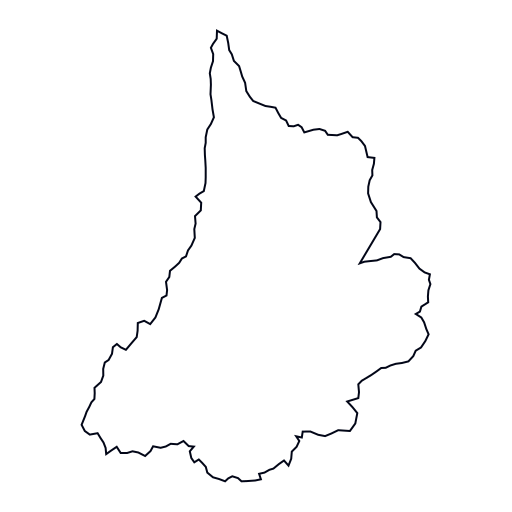 Mandirituba, Paraná, Brazil
{"feature_id": "56859067B10797338801993", "entity_name": "Mandirituba", "entity_type": "district", "adm_level": 2, "iso_a3": "BRA", "parent_name": "Brazil", "parent_adm1": "Paraná", "projection": "mercator", "projection_center": [-49.327, -25.815], "detail": "fine", "context": "isolated", "style": "outline", "palette": "ink", "viewbox_px": 512, "rotation_deg": 0, "n_neighbors": 0, "source": "geoboundaries", "source_scale": "gbopen_adm2", "svg_char_len": 2841}
<svg xmlns="http://www.w3.org/2000/svg" viewBox="0 0 512 512"><path d="M288.5,465.6L291.2,458.8L291.8,451.6L296.6,446.8L299.3,441.0L296.2,436.3L301.8,437.5L302.7,431.6L310.3,431.5L318.2,434.8L325.1,436.1L331.4,433.5L338.2,430.2L349.9,431.0L355.3,423.5L357.3,413.1L352.6,407.3L347.2,401.5L358.3,398.1L359.0,392.2L358.3,384.3L361.8,380.7L371.3,375.0L376.7,371.3L381.2,368.0L385.7,367.8L390.4,365.5L395.8,363.8L401.9,363.0L408.4,361.4L413.3,356.1L415.7,350.7L421.0,347.5L425.3,341.1L428.6,334.3L426.3,329.0L424.1,322.3L421.3,317.5L415.8,314.0L419.9,311.6L421.4,306.6L428.2,302.3L427.9,296.5L428.4,290.3L430.4,284.1L428.9,279.8L429.9,274.3L424.6,272.4L419.4,268.6L414.9,262.8L410.6,258.2L403.6,257.1L399.2,254.4L394.2,254.1L390.8,256.8L383.1,258.1L376.9,260.4L369.9,261.1L364.5,261.7L359.8,263.3L380.1,229.1L380.5,222.1L376.9,217.4L376.5,211.0L370.9,202.1L368.1,193.4L368.3,186.6L369.7,180.2L372.4,175.4L372.2,170.0L373.9,163.8L374.4,157.9L367.6,157.1L365.0,146.0L361.4,141.2L358.0,137.8L352.6,137.2L347.7,131.8L341.3,134.0L337.1,135.3L332.0,135.0L327.8,134.8L325.1,130.8L319.5,129.0L313.5,129.7L304.3,132.4L301.6,127.2L298.1,124.8L293.7,126.3L288.7,126.0L286.1,120.5L281.1,117.9L278.3,113.1L275.5,107.7L270.7,106.8L265.4,106.0L259.5,103.6L253.2,101.0L249.8,96.7L246.3,91.1L245.1,82.8L242.2,76.5L240.8,71.7L239.1,66.1L233.9,60.9L231.8,54.3L229.2,50.1L228.2,42.9L226.7,35.7L221.9,33.3L217.0,30.7L216.7,38.7L213.0,43.9L210.9,47.8L213.2,54.1L213.0,61.2L210.9,67.6L209.8,73.3L210.7,79.0L210.9,84.8L210.5,94.3L211.4,100.0L212.5,109.3L213.9,117.3L210.9,124.0L207.3,129.5L205.7,137.2L205.7,142.9L204.7,148.2L204.9,155.0L205.3,160.6L205.7,167.9L205.7,177.5L205.5,183.1L203.8,191.1L199.5,193.6L195.6,196.6L201.2,202.7L200.8,210.4L195.0,216.1L195.6,223.6L194.3,229.1L194.8,237.9L191.4,245.6L188.0,250.4L186.0,256.4L181.9,258.5L179.2,262.8L175.1,266.6L170.0,270.8L169.3,277.0L166.0,281.8L167.1,290.1L166.5,295.5L161.9,297.9L160.1,304.3L158.7,309.3L155.4,317.5L150.2,324.1L144.2,320.8L137.8,323.0L137.6,330.8L136.7,337.1L131.8,342.8L125.9,349.8L120.7,347.3L116.9,344.0L112.9,347.2L112.0,353.8L108.6,360.0L104.8,362.5L103.2,368.9L103.3,375.6L101.0,382.0L94.5,387.8L94.7,393.3L94.4,399.0L91.4,402.3L89.3,406.8L86.6,411.8L85.1,416.1L81.6,424.8L84.8,431.0L89.8,434.6L97.6,433.2L100.5,438.0L103.5,442.5L105.6,447.9L106.2,454.1L110.8,450.8L116.7,446.8L120.7,453.0L127.1,453.0L132.5,451.3L138.3,452.5L145.1,456.0L150.5,451.1L153.1,446.3L160.6,447.8L165.8,446.5L170.7,443.8L177.4,444.3L183.5,441.0L188.7,446.1L193.8,446.6L189.8,451.3L191.3,458.0L194.3,462.3L198.8,459.5L202.2,462.9L205.8,466.9L207.3,472.6L213.0,477.3L219.0,479.0L225.1,481.3L228.2,478.4L232.3,476.3L238.0,478.1L241.5,481.3L246.7,481.1L255.2,480.5L260.9,479.3L259.1,473.8L264.5,472.6L269.4,469.8L273.4,468.6L279.0,464.0L284.0,460.5L288.5,465.6Z" fill="none" stroke="#020617" stroke-width="2"/></svg>